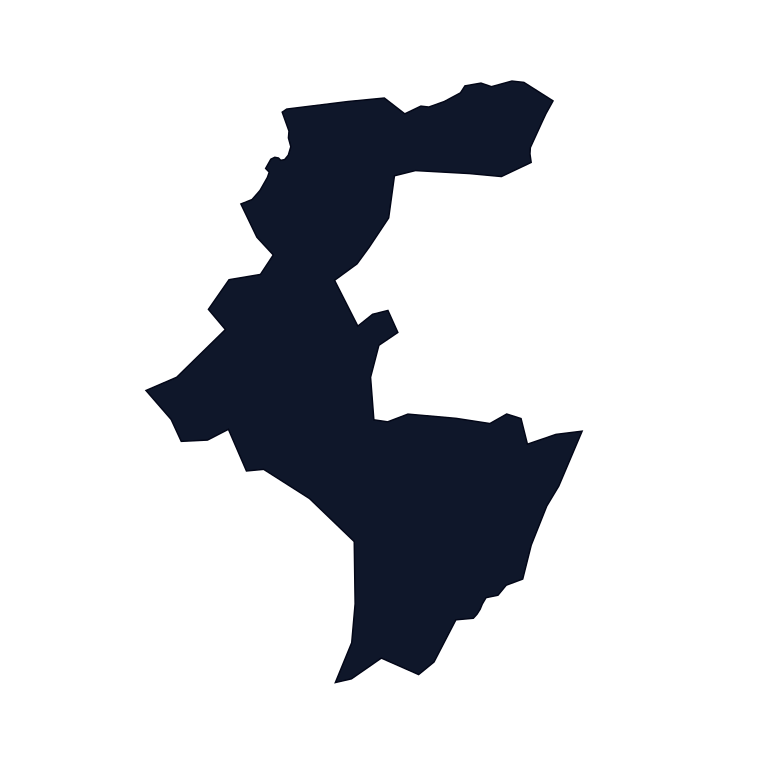 map outline of Balvu (Albers equal-area conic projection), rotated 166°
{"feature_id": "LVA-1063", "entity_name": "Balvu", "entity_type": "Municipality", "adm_level": 1, "iso_a3": "LVA", "parent_name": "Latvia", "parent_adm1": "", "projection": "albers", "projection_center": [27.276, 57.034], "detail": "fine", "context": "isolated", "style": "filled", "palette": "ink", "viewbox_px": 768, "rotation_deg": 166, "n_neighbors": 0, "source": "natural_earth", "source_scale": "10m", "svg_char_len": 1309}
<svg xmlns="http://www.w3.org/2000/svg" viewBox="0 0 768 768"><g transform="rotate(166 384 384)"><path d="M420.7,93.7L452.9,118.7L486.9,105.8L503.4,106.1L477.9,140.8L465.2,177.7L451.0,238.3L484.0,290.9L521.4,330.3L538.5,332.9L545.9,377.7L568.8,372.3L594.6,377.4L599.1,401.1L616.5,435.3L583.5,440.7L524.7,475.2L536.3,498.9L509.1,522.7L477.4,520.2L460.2,536.0L471.8,557.1L479.3,593.3L467.4,594.9L457.5,601.8L447.2,612.6L444.1,617.3L446.7,621.8L439.4,629.5L435.1,630.4L431.7,628.8L430.1,626.0L426.1,625.8L421.5,629.2L417.0,636.8L417.2,645.9L415.0,652.4L417.0,672.4L411.9,674.3L350.6,666.8L314.5,661.4L298.5,641.1L281.0,644.7L273.5,641.9L257.2,643.5L239.4,648.0L233.3,653.7L217.1,652.5L207.8,646.5L186.6,647.0L175.3,642.8L151.5,617.8L161.4,607.2L167.4,599.8L184.8,578.0L186.7,572.0L187.6,563.4L219.9,556.9L250.1,567.5L301.9,583.5L323.5,583.5L339.3,544.0L365.3,520.3L381.1,507.1L406.9,496.6L395.4,446.5L378.2,454.4L362.4,454.4L358.1,430.7L379.6,422.8L395.4,393.8L402.5,351.7L389.6,346.4L368.1,349.0L322.3,333.2L290.8,320.0L272.2,325.2L259.4,317.3L259.4,290.9L229.4,293.5L203.2,290.3L239.1,242.7L255.6,226.2L280.1,192.1L296.6,161.2L314.1,159.2L324.5,151.5L336.7,152.0L341.9,146.7L345.2,142.2L349.5,138.1L354.0,135.1L371.3,137.8L402.7,102.2L420.7,93.7Z" fill="#0f172a" stroke="#020617" stroke-width="1.5"/></g></svg>